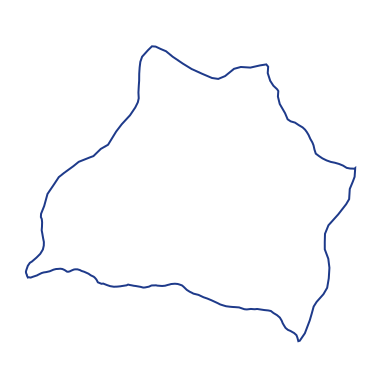 Minjay, Lhuntshi, Bhutan (Robinson projection), rotated 273°
{"feature_id": "84629894B76587395508507", "entity_name": "Minjay", "entity_type": "district", "adm_level": 2, "iso_a3": "BTN", "parent_name": "Bhutan", "parent_adm1": "Lhuntshi", "projection": "robinson", "projection_center": [91.245, 27.585], "detail": "fine", "context": "isolated", "style": "outline", "palette": "blue", "viewbox_px": 384, "rotation_deg": 273, "n_neighbors": 0, "source": "geoboundaries", "source_scale": "gbopen_adm2", "svg_char_len": 2747}
<svg xmlns="http://www.w3.org/2000/svg" viewBox="0 0 384 384"><g transform="rotate(273 192 192)"><path d="M98.0,32.6L98.3,33.3L98.1,35.4L99.0,37.5L100.6,41.6L101.3,42.7L103.2,46.1L103.9,48.1L104.4,50.6L105.4,54.1L107.2,57.8L108.0,60.4L108.1,61.6L108.5,64.6L108.3,66.6L107.4,68.9L105.9,71.4L105.9,72.6L106.3,74.0L107.3,75.8L108.4,78.1L108.7,79.6L108.8,81.5L108.2,84.1L107.4,85.8L106.7,88.5L105.0,92.9L103.5,95.3L102.3,98.2L101.4,99.4L99.6,101.1L98.3,101.9L96.9,102.7L95.6,106.4L95.9,108.1L94.6,112.0L93.7,115.2L93.3,118.9L93.6,122.2L94.1,125.5L94.3,126.3L95.4,131.6L96.2,133.0L95.8,135.2L95.7,136.2L95.3,138.9L95.2,140.5L94.6,145.5L94.0,148.3L94.2,150.0L95.2,153.9L96.5,156.4L96.7,157.9L96.9,161.1L96.7,162.2L96.6,166.1L96.6,167.2L97.0,170.0L98.1,173.2L98.3,174.0L99.0,176.0L99.5,179.7L99.4,182.5L99.0,184.2L98.2,186.9L96.9,188.6L94.0,191.9L92.3,194.9L91.3,197.3L90.6,198.7L89.6,203.9L89.1,205.1L87.5,209.0L86.4,212.9L84.9,217.1L82.3,223.6L81.2,226.0L80.4,229.1L79.7,232.0L79.4,236.1L79.3,239.1L79.3,241.1L79.2,245.1L77.7,250.4L77.6,252.2L77.7,253.5L78.3,256.9L78.2,260.7L78.6,263.2L77.9,270.4L77.7,274.4L77.3,277.0L75.4,279.7L73.5,283.3L71.2,286.3L68.2,288.3L65.6,289.5L63.2,291.1L61.2,292.5L60.2,293.8L59.3,295.1L58.4,297.6L57.3,299.7L56.6,301.2L55.5,302.6L54.5,303.8L52.0,304.9L48.6,306.0L49.1,307.4L56.8,312.1L69.9,316.3L76.7,317.9L84.0,319.5L88.8,322.2L96.8,328.6L103.4,332.0L112.9,333.1L123.5,333.2L132.5,331.6L141.7,327.6L149.1,327.2L157.2,327.0L165.9,330.0L177.3,339.2L187.9,346.6L193.1,349.3L203.3,349.4L210.9,352.1L215.7,353.6L221.9,353.7L224.4,353.7L223.7,352.9L223.8,351.3L223.7,348.8L224.2,345.2L226.3,341.4L227.7,337.4L228.7,333.1L229.3,329.1L230.6,324.7L232.4,320.5L234.5,317.0L236.8,313.6L240.7,312.1L245.0,310.9L247.8,309.6L251.2,307.4L255.1,305.4L257.9,303.5L260.2,301.6L262.3,299.1L264.4,295.1L266.7,291.2L267.7,286.9L269.6,283.7L275.6,280.8L284.5,275.0L291.8,272.8L297.3,272.9L299.0,271.7L302.4,267.7L307.1,264.3L314.7,261.4L321.1,261.5L323.3,259.5L322.0,253.4L319.3,243.8L319.4,234.2L317.2,227.5L309.5,219.0L306.3,212.3L306.9,206.0L310.6,195.9L314.8,185.2L319.7,176.2L326.1,165.6L331.2,158.7L333.2,153.2L335.3,148.1L335.4,144.4L331.4,140.7L324.5,135.1L319.3,133.6L313.7,133.2L307.4,133.1L300.4,133.4L295.5,133.3L288.5,133.3L282.8,133.9L278.7,133.2L273.4,130.9L265.4,126.1L256.0,118.3L248.4,113.1L234.8,105.7L230.3,98.7L222.7,91.7L221.3,88.4L216.2,77.3L211.6,72.2L204.4,63.3L199.9,58.2L192.9,54.1L182.5,47.8L170.2,45.1L162.3,42.4L159.1,42.4L157.1,43.4L153.9,43.9L149.4,44.0L145.9,43.9L142.6,44.7L138.2,45.7L134.3,46.7L130.7,46.8L126.8,46.1L122.3,43.7L118.3,40.1L114.1,35.7L112.8,33.8L109.7,31.9L105.2,30.6L103.5,30.3L102.0,30.7L100.5,31.5L99.9,31.5L98.9,32.1L98.0,32.6Z" fill="none" stroke="#1e3a8a" stroke-width="2"/></g></svg>